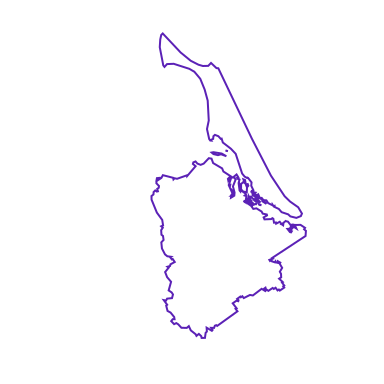 Fraser Coast, Queensland, Australia, rotated 315°
{"feature_id": "25037944B97488266373518", "entity_name": "Fraser Coast", "entity_type": "district", "adm_level": 2, "iso_a3": "AUS", "parent_name": "Australia", "parent_adm1": "Queensland", "projection": "equal_earth", "projection_center": [152.962, -25.342], "detail": "fine", "context": "isolated", "style": "outline", "palette": "violet", "viewbox_px": 384, "rotation_deg": 315, "n_neighbors": 0, "source": "geoboundaries", "source_scale": "gbopen_adm2", "svg_char_len": 6160}
<svg xmlns="http://www.w3.org/2000/svg" viewBox="0 0 384 384"><g transform="rotate(315 192 192)"><path d="M130.8,210.7L128.8,217.0L129.1,220.0L131.3,222.9L130.4,222.7L130.1,225.5L131.0,225.7L130.3,229.3L125.6,227.9L124.2,228.8L121.8,227.5L122.0,229.0L116.4,229.6L114.2,234.6L113.7,240.7L105.9,245.1L106.6,248.6L106.1,251.0L102.8,252.9L99.0,249.8L96.9,250.4L95.6,248.5L94.7,254.2L93.4,254.1L90.6,258.8L91.6,262.1L91.0,267.8L89.7,269.6L88.4,268.3L86.0,268.6L85.9,272.8L88.2,273.6L88.7,275.8L88.5,280.5L92.2,284.4L94.9,284.6L93.3,289.0L94.0,295.2L93.4,296.9L96.5,297.2L96.6,300.5L95.6,302.0L98.0,304.3L102.1,301.2L103.8,301.2L106.4,298.3L107.9,304.2L109.0,304.1L109.5,301.6L111.5,303.7L113.6,302.7L115.0,303.3L115.1,304.5L139.8,308.5L140.2,305.4L141.3,305.8L142.1,299.5L146.6,300.3L147.5,301.9L148.4,301.4L148.4,299.5L152.2,300.1L152.1,301.0L153.9,301.3L153.6,303.6L160.2,305.8L161.9,308.2L172.8,309.7L173.8,313.9L174.7,313.8L175.0,311.4L176.3,311.6L175.6,312.9L176.1,315.9L181.2,316.9L181.3,318.4L183.4,318.8L182.9,322.1L184.5,322.4L184.4,323.8L189.6,324.8L189.8,323.2L191.1,323.4L191.6,319.7L192.5,319.9L192.3,314.9L194.7,315.4L197.1,312.8L197.7,310.5L202.1,309.4L203.3,304.7L204.5,304.4L203.8,301.8L202.7,303.0L201.8,301.5L202.1,300.0L200.9,300.4L199.4,297.4L200.3,296.2L198.4,295.9L198.7,294.7L202.1,296.3L202.0,295.3L241.2,303.4L245.1,300.0L244.9,297.6L246.6,297.3L245.5,292.0L240.6,287.2L240.8,288.2L239.8,288.6L240.7,289.7L240.0,291.6L239.3,288.5L234.0,288.7L234.8,290.3L233.5,290.6L232.9,289.6L233.4,285.6L235.0,286.9L237.2,286.7L238.3,285.3L238.9,280.9L237.8,279.0L238.5,278.8L232.8,278.3L233.7,279.4L232.9,280.0L232.6,278.3L233.0,275.1L229.1,273.9L229.8,272.9L228.3,271.7L230.6,268.4L230.3,267.3L228.9,267.2L223.9,262.6L224.7,260.6L228.5,261.6L229.0,260.8L226.7,257.3L227.4,255.0L226.0,249.1L223.4,247.3L224.0,243.6L223.2,239.0L223.2,238.7L223.7,238.0L223.8,237.4L222.6,237.5L222.6,236.0L221.4,235.8L222.7,235.4L223.4,236.4L227.6,233.4L226.8,231.8L228.4,231.9L228.7,230.9L227.7,225.0L226.6,225.8L226.7,224.6L231.3,218.6L234.4,216.8L233.6,214.9L234.6,214.9L234.2,213.8L235.3,213.7L235.9,211.1L232.5,210.8L231.5,214.1L224.9,217.0L221.7,222.5L219.3,224.5L215.5,223.6L217.5,222.0L219.6,221.7L222.8,213.2L228.5,210.3L228.3,209.4L225.6,209.8L226.7,208.1L228.7,208.1L231.0,210.6L228.7,199.7L230.0,196.6L227.4,186.5L229.4,182.2L227.8,180.0L220.3,180.2L217.3,178.9L215.9,175.7L216.1,172.9L213.9,172.0L212.5,172.8L212.8,176.3L199.9,177.3L200.4,176.7L190.8,172.1L188.9,169.2L188.3,170.0L187.8,170.0L188.7,168.6L183.3,159.5L180.3,160.4L174.6,159.2L173.0,160.6L172.9,164.4L171.5,165.5L169.6,165.2L168.4,167.4L167.4,166.8L167.1,164.9L164.8,164.9L163.0,166.5L160.5,166.2L158.0,168.8L152.6,181.7L151.2,190.7L147.9,195.2L146.0,194.5L146.1,196.6L143.2,197.2L140.2,200.6L140.4,202.6L138.0,205.8L134.7,205.9L130.8,210.7ZM250.1,189.0L249.9,195.9L240.5,214.4L240.1,218.3L240.8,220.9L241.3,220.9L241.6,221.6L240.9,227.3L238.3,229.5L236.6,234.3L235.1,235.5L236.4,237.3L234.9,237.4L234.9,240.4L235.2,240.1L235.1,239.6L235.3,239.4L236.2,240.0L235.4,240.5L235.2,239.5L235.2,240.1L234.6,241.5L233.7,242.5L235.3,244.2L235.3,242.2L235.8,243.2L236.2,241.0L236.3,241.1L236.8,240.6L237.1,240.6L235.7,244.5L237.1,245.4L236.8,248.3L238.7,250.5L238.0,253.7L239.5,258.2L240.0,257.8L239.6,259.9L240.6,260.2L239.9,261.2L241.4,265.4L241.1,269.6L244.2,275.8L244.3,278.8L247.5,284.1L251.9,286.0L254.5,285.0L256.3,277.9L254.6,268.1L254.5,260.5L259.4,236.2L272.0,196.8L298.1,123.1L296.9,121.7L296.7,114.2L292.7,114.3L288.8,110.6L286.6,106.6L283.9,98.3L282.6,85.3L283.4,59.2L281.3,59.2L277.4,61.7L271.6,66.8L261.2,82.2L261.0,84.1L264.8,83.9L269.7,88.4L277.2,103.0L278.7,108.7L277.9,117.8L273.4,128.5L267.7,138.5L254.4,153.3L247.1,158.1L241.6,166.7L241.3,168.5L241.9,169.2L242.0,168.4L244.5,169.4L246.6,167.7L248.6,167.8L250.1,171.2L249.9,174.8L250.7,175.2L248.8,178.8L250.1,189.0ZM228.5,227.8L230.5,230.9L234.1,227.7L235.8,223.8L235.2,221.2L232.3,221.1L228.6,224.8L228.5,227.8ZM240.2,185.8L235.3,179.0L233.8,178.0L234.0,180.4L236.4,184.3L239.2,185.8L241.6,191.0L240.2,185.8ZM234.3,241.6L234.8,240.3L234.7,236.5L234.3,237.3L233.0,237.7L233.3,241.4L233.9,241.9L233.9,240.9L234.0,240.8L234.2,240.6L234.3,241.6ZM225.4,241.7L225.9,244.3L227.2,244.9L227.1,241.0L225.4,241.7ZM235.3,248.7L236.2,253.0L236.6,248.8L235.3,248.7ZM175.4,158.5L178.2,159.6L179.0,159.0L177.0,157.4L175.4,158.5ZM236.6,223.0L238.0,221.0L237.3,219.4L236.2,221.5L236.6,223.0ZM233.1,247.7L233.0,244.2L232.0,242.6L231.7,245.2L233.1,247.7ZM225.6,239.1L225.9,240.0L227.8,239.6L227.0,237.2L225.6,239.1ZM230.9,245.0L231.5,241.7L230.4,240.1L230.1,242.3L230.9,245.0ZM235.9,245.1L235.9,248.1L236.9,246.3L235.9,245.1ZM224.7,237.6L223.2,239.2L224.7,240.3L224.7,237.6ZM229.1,235.1L227.5,236.5L228.2,237.9L229.1,235.1ZM226.9,235.2L225.1,237.0L226.4,236.8L226.9,235.2ZM237.4,225.0L235.3,227.5L236.3,227.4L237.4,225.0ZM231.7,250.4L230.7,247.8L230.5,248.3L230.6,248.9L231.7,250.4ZM234.8,234.8L233.6,236.6L233.4,237.3L234.3,237.2L234.8,234.8ZM223.5,213.1L223.0,214.7L224.3,213.9L223.5,213.1ZM220.5,222.2L221.4,220.7L221.5,218.8L220.7,220.0L220.5,222.2ZM230.4,238.5L230.6,237.0L230.0,236.6L229.5,237.8L230.4,238.5ZM239.9,286.0L239.0,287.2L240.7,286.9L240.4,286.4L239.9,286.0ZM217.6,222.2L218.7,222.9L219.1,222.2L217.6,222.2ZM225.2,237.4L225.3,238.7L226.2,237.2L225.2,237.4ZM219.0,223.0L220.2,222.4L220.4,221.2L219.3,222.3L219.0,223.0ZM235.8,233.2L234.1,233.8L233.6,234.4L235.8,233.2ZM223.2,236.8L224.0,237.2L224.4,236.3L223.2,236.8ZM229.8,222.5L230.7,221.9L231.0,221.1L230.5,221.4L229.8,222.5ZM229.0,245.2L229.2,246.0L229.3,244.6L229.0,245.2ZM245.1,186.3L245.5,187.4L246.3,188.5L245.1,186.3ZM223.7,241.5L224.1,242.0L224.1,240.5L223.7,241.5ZM233.1,236.7L233.5,236.6L233.4,236.2L233.1,236.7ZM224.1,240.5L224.5,241.3L224.5,240.5L224.1,240.5ZM224.7,237.4L224.4,236.9L224.0,237.5L224.7,237.4ZM225.1,242.6L224.8,243.5L224.9,244.0L225.2,243.7L225.1,242.6ZM229.0,246.7L228.9,245.8L228.7,245.8L229.0,246.7ZM235.0,236.8L235.5,237.0L234.9,236.3L235.0,236.8ZM224.3,242.5L224.6,243.7L224.5,242.2L224.3,242.5ZM224.7,239.6L225.0,239.7L224.9,239.1L224.7,239.6ZM227.8,240.0L227.7,239.8L227.1,240.2L227.8,240.0Z" fill="none" stroke="#5b21b6" stroke-width="2"/></g></svg>